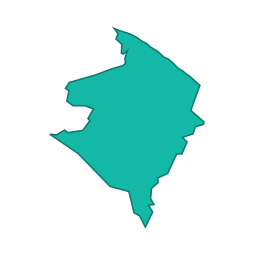 Tyler, West Virginia, United States of America (Natural Earth projection), rotated 80°
{"feature_id": "52423323B75939807173919", "entity_name": "Tyler", "entity_type": "district", "adm_level": 2, "iso_a3": "USA", "parent_name": "United States of America", "parent_adm1": "West Virginia", "projection": "natural_earth1", "projection_center": [-80.928, 39.451], "detail": "fine", "context": "isolated", "style": "filled", "palette": "teal", "viewbox_px": 256, "rotation_deg": 80, "n_neighbors": 0, "source": "geoboundaries", "source_scale": "gbopen_adm2", "svg_char_len": 953}
<svg xmlns="http://www.w3.org/2000/svg" viewBox="0 0 256 256"><g transform="rotate(80 128 128)"><path d="M60.5,83.2L58.1,85.1L56.0,87.3L55.2,88.6L51.9,91.9L47.8,95.3L45.6,98.4L39.4,104.8L35.7,109.7L30.2,120.2L27.4,124.4L33.3,121.5L38.3,124.4L44.5,119.5L53.2,121.6L54.4,119.6L51.5,115.1L59.0,119.0L64.0,119.4L65.7,122.3L66.7,132.4L70.2,151.6L72.9,177.9L78.2,182.8L81.0,179.7L90.9,183.6L96.5,178.4L98.6,166.5L103.2,158.8L111.7,165.8L114.2,164.3L122.5,173.0L122.1,188.0L119.0,190.8L122.4,199.5L120.5,206.2L144.3,181.7L182.5,155.7L190.7,138.2L212.6,136.8L216.6,131.8L228.6,128.1L215.0,118.3L207.6,121.2L207.9,115.7L201.6,118.0L191.6,115.3L186.9,107.7L182.4,107.5L179.7,96.9L162.1,84.6L162.9,79.4L152.1,72.3L146.7,76.0L145.1,65.1L138.5,61.3L137.4,52.7L135.1,52.2L121.6,63.1L98.5,49.8L87.8,58.2L84.6,61.5L80.9,64.6L78.5,67.6L77.3,68.7L72.6,71.9L68.0,75.6L66.5,77.1L65.4,79.0L64.0,80.7L60.5,83.2Z" fill="#14b8a6" stroke="#0f766e" stroke-width="1.5"/></g></svg>